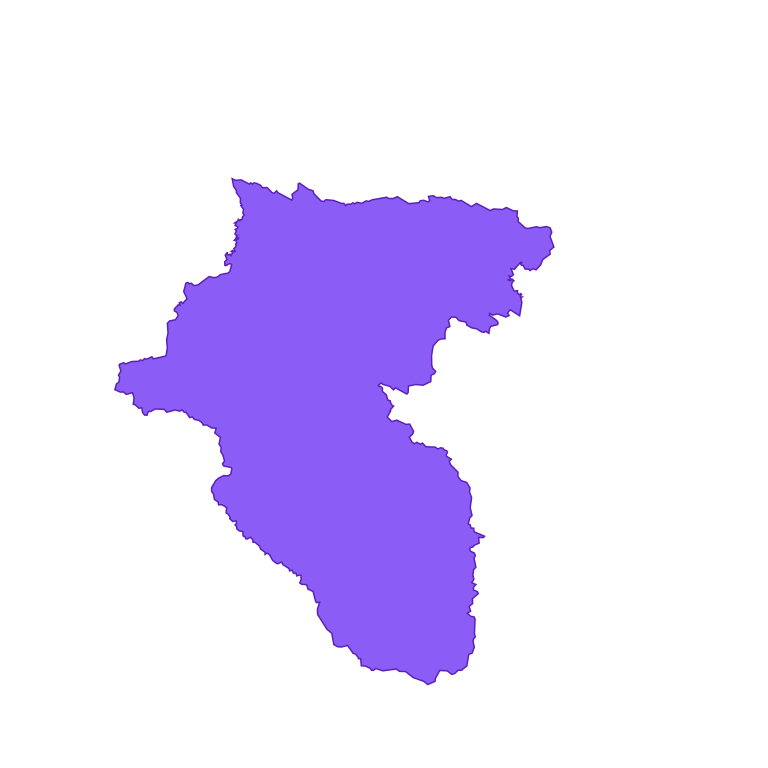 Thong Pha Phum, Kanchanaburi, Thailand (orthographic projection), rotated 132°
{"feature_id": "78962969B24065395096407", "entity_name": "Thong Pha Phum", "entity_type": "district", "adm_level": 2, "iso_a3": "THA", "parent_name": "Thailand", "parent_adm1": "Kanchanaburi", "projection": "orthographic", "projection_center": [98.674, 14.859], "detail": "fine", "context": "isolated", "style": "filled", "palette": "violet", "viewbox_px": 768, "rotation_deg": 132, "n_neighbors": 0, "source": "geoboundaries", "source_scale": "gbopen_adm2", "svg_char_len": 6171}
<svg xmlns="http://www.w3.org/2000/svg" viewBox="0 0 768 768"><g transform="rotate(132 384 384)"><path d="M597.9,192.9L587.6,184.2L587.2,180.2L583.3,175.6L582.6,165.8L578.3,155.3L578.1,150.4L570.8,147.1L568.6,148.7L559.6,150.9L554.8,145.0L554.5,139.5L552.1,137.8L547.2,137.4L544.9,134.9L538.1,133.8L528.2,140.1L525.1,138.4L519.1,140.8L515.8,145.5L513.2,147.0L510.8,146.9L509.3,149.5L497.7,159.1L496.8,161.5L498.5,163.8L498.7,168.6L494.9,167.6L492.2,172.0L487.9,171.2L484.4,174.6L476.6,173.7L475.8,175.5L477.2,179.7L474.8,181.6L471.5,181.5L472.9,185.8L468.9,186.6L466.3,190.3L462.0,193.1L458.7,193.1L453.3,200.4L450.4,201.3L449.2,203.8L450.4,207.9L449.4,209.7L447.5,210.5L445.8,208.9L443.3,209.0L438.6,206.8L434.7,211.0L431.7,207.4L429.9,207.4L433.2,217.1L433.1,218.9L431.1,220.8L432.8,223.0L431.0,225.8L431.6,227.8L426.1,230.7L422.9,230.5L418.2,237.2L409.7,243.0L407.2,248.0L403.7,250.5L401.8,256.6L404.2,262.0L403.3,267.2L400.0,270.0L399.4,280.7L397.7,283.8L394.8,283.6L395.9,289.0L395.1,290.3L392.2,291.2L391.6,293.0L392.8,295.2L392.2,297.2L393.6,299.3L396.3,300.5L396.7,303.8L402.7,311.0L402.1,315.8L404.4,316.7L405.4,320.6L408.2,321.5L408.4,324.5L406.5,329.6L401.9,329.2L399.4,330.3L396.6,338.1L399.3,340.6L402.3,350.3L406.7,353.1L406.4,359.5L399.6,361.0L399.2,362.0L394.0,362.1L394.4,364.8L392.3,368.3L393.4,370.4L390.5,375.0L390.6,380.2L388.1,382.3L388.0,384.8L389.3,386.6L388.6,387.3L385.0,386.8L385.1,384.7L381.8,378.0L382.0,373.1L379.2,372.9L376.2,360.3L374.1,360.4L369.1,364.5L363.2,360.1L358.7,354.1L350.9,350.9L346.0,354.9L342.5,353.5L340.1,354.0L339.7,358.6L337.9,361.3L331.0,367.7L322.9,372.9L315.5,373.1L312.7,372.0L309.5,368.9L304.8,373.3L300.6,375.1L297.2,373.5L293.4,378.9L289.0,378.6L286.2,375.1L286.7,370.7L283.1,364.3L284.8,362.0L283.6,356.4L280.9,351.9L280.0,346.3L278.6,344.2L276.8,343.8L276.2,339.9L271.9,342.8L269.6,343.1L263.8,339.3L262.1,340.3L261.4,342.6L262.4,351.8L260.8,352.7L260.1,349.3L255.9,346.6L252.7,338.3L249.5,336.8L248.5,339.7L244.4,340.0L242.6,328.8L231.1,336.2L228.9,339.5L226.9,339.6L228.1,340.6L227.4,341.7L225.5,341.6L225.3,342.9L227.1,343.4L227.1,345.8L225.3,347.2L227.9,349.4L225.4,355.3L222.2,356.9L220.4,356.5L220.3,358.9L222.8,359.3L223.5,361.3L221.0,360.4L220.1,363.3L218.5,361.2L216.1,361.0L213.3,366.8L211.4,363.8L202.1,364.0L201.5,362.9L203.4,362.7L203.8,361.4L202.7,359.9L204.2,356.1L201.8,353.2L202.0,351.4L198.6,350.4L197.4,347.4L190.6,347.3L185.4,349.3L176.3,347.4L173.9,350.2L168.5,349.4L163.2,359.4L158.9,360.9L156.8,365.0L158.3,368.6L163.9,373.1L165.0,375.8L172.2,381.2L173.5,383.4L173.5,393.0L171.0,395.1L170.7,397.1L166.2,400.7L168.8,403.7L171.0,411.2L174.9,412.6L180.7,419.8L184.0,421.1L187.9,436.1L193.7,437.8L196.0,449.6L198.2,450.9L199.1,454.4L201.3,456.8L200.6,460.3L205.6,463.3L206.8,466.2L210.5,469.9L211.1,473.4L214.9,476.5L217.2,472.6L219.3,473.3L220.9,477.4L223.6,479.7L225.8,479.3L233.4,486.3L235.9,499.5L240.1,501.3L243.3,505.1L243.3,506.9L255.0,516.0L258.5,517.5L259.9,519.8L264.6,521.4L266.9,525.5L269.8,526.4L270.0,528.2L272.6,529.0L275.0,531.7L277.2,531.9L276.6,534.7L278.1,536.1L281.2,544.1L285.9,550.5L288.5,550.7L290.1,553.2L289.5,563.4L287.9,566.0L290.0,570.7L291.2,581.1L292.6,581.7L297.2,577.9L304.6,579.3L307.1,576.1L309.0,575.5L312.8,590.6L312.3,593.0L315.8,593.4L316.7,594.9L316.2,602.2L319.5,605.8L318.9,608.8L320.2,613.0L321.7,615.3L323.6,615.6L323.6,617.6L325.5,617.7L327.9,626.8L332.0,630.6L333.0,634.2L337.9,627.8L338.9,623.4L340.6,621.7L342.0,615.0L345.5,612.0L346.2,609.3L347.2,609.8L348.2,605.3L351.5,603.2L352.0,601.0L354.5,601.0L356.7,599.5L358.0,600.7L359.1,600.4L359.1,602.5L360.8,601.8L364.2,602.7L363.3,601.4L365.9,600.7L365.0,597.8L366.5,597.0L368.7,598.1L369.1,596.2L372.3,595.1L372.0,593.5L373.3,592.4L372.3,592.0L374.1,591.6L372.9,589.6L374.2,589.4L375.2,591.5L377.4,591.4L376.4,590.2L377.9,587.6L379.5,587.9L380.3,586.1L383.9,586.2L385.4,582.6L385.1,584.7L386.9,584.9L386.3,585.9L387.7,586.3L387.7,584.4L391.0,583.6L390.6,585.4L392.3,585.9L392.6,587.3L390.7,588.5L394.5,588.2L396.5,584.1L399.8,584.1L402.3,581.7L401.8,580.6L397.8,579.3L397.0,577.3L403.5,573.9L405.7,574.0L412.3,578.8L415.8,579.3L418.7,581.4L421.1,585.8L435.0,588.6L438.0,591.0L438.0,594.5L439.9,596.0L439.7,597.6L441.7,598.7L449.3,594.7L452.3,587.5L458.7,587.5L458.7,589.7L460.6,590.6L461.9,588.5L462.8,589.9L468.6,590.0L470.0,588.5L469.3,585.8L470.9,582.7L475.8,582.0L480.6,585.5L483.9,585.6L490.5,578.7L496.8,575.0L502.2,569.1L509.0,564.8L519.5,572.1L519.1,574.7L524.5,577.0L525.3,579.0L528.0,579.1L529.3,581.3L531.2,581.5L535.9,586.3L542.2,589.7L542.4,591.7L546.0,593.7L547.3,593.4L550.5,588.1L555.1,587.3L555.8,585.1L560.0,582.3L562.9,582.9L568.3,580.2L566.5,574.6L564.2,572.1L564.2,568.6L558.8,565.1L561.4,560.6L566.9,556.7L565.9,555.0L566.0,549.8L563.8,548.2L566.7,544.3L567.3,541.1L565.7,539.2L562.1,540.8L560.7,539.1L555.5,537.2L549.8,530.2L550.4,526.6L542.9,521.7L540.9,517.6L538.4,516.8L538.7,513.9L537.5,512.2L539.0,505.9L536.7,504.5L537.2,501.3L534.8,496.9L534.5,493.2L535.5,490.8L533.1,488.4L532.0,482.6L529.1,479.2L533.6,477.0L533.2,469.8L539.1,466.4L539.9,462.8L543.6,459.9L544.6,456.2L547.9,451.0L551.4,450.6L552.2,448.3L548.4,441.8L548.7,440.5L553.4,437.6L556.7,438.4L559.3,441.9L564.4,443.8L568.4,444.4L576.3,442.8L579.2,440.2L579.9,437.1L583.3,432.7L582.6,428.4L584.5,426.1L582.2,423.7L581.1,418.4L585.4,415.1L585.0,412.2L586.2,409.0L587.3,408.6L587.4,404.4L584.6,402.3L586.1,400.4L588.4,400.4L588.4,398.5L590.1,396.4L590.1,393.4L588.1,390.1L591.2,387.1L590.6,384.6L591.5,383.2L590.7,381.9L587.2,380.7L587.7,376.9L589.3,375.4L587.9,373.8L587.8,367.8L589.2,365.4L588.7,359.7L590.2,358.4L587.8,357.7L587.5,354.6L589.6,348.8L589.3,344.3L588.7,342.7L584.8,341.0L585.9,338.3L584.7,331.1L586.0,329.1L583.9,327.8L585.2,324.7L583.5,322.8L585.0,320.4L582.3,318.8L581.9,317.5L585.0,314.6L588.2,313.5L588.0,311.4L584.9,307.1L587.3,303.3L585.6,297.9L591.5,289.1L591.6,287.8L589.2,285.7L595.8,282.9L599.7,279.1L604.5,262.0L604.2,256.0L611.2,246.9L610.3,242.7L608.0,239.7L602.7,236.1L604.8,226.7L603.8,224.5L604.4,220.3L605.3,219.2L603.8,217.5L608.6,212.3L606.0,209.0L604.5,203.9L605.1,201.7L603.7,200.1L601.0,199.8L597.9,192.9Z" fill="#8b5cf6" stroke="#5b21b6" stroke-width="1.5"/></g></svg>